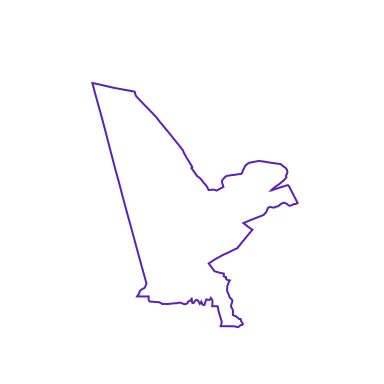 outline of Kikuyu, Central, Kenya, rotated 64°
{"feature_id": "3690345B86705577908989", "entity_name": "Kikuyu", "entity_type": "district", "adm_level": 2, "iso_a3": "KEN", "parent_name": "Kenya", "parent_adm1": "Central", "projection": "orthographic", "projection_center": [36.645, -1.233], "detail": "fine", "context": "isolated", "style": "outline", "palette": "violet", "viewbox_px": 384, "rotation_deg": 64, "n_neighbors": 0, "source": "geoboundaries", "source_scale": "gbopen_adm2", "svg_char_len": 4125}
<svg xmlns="http://www.w3.org/2000/svg" viewBox="0 0 384 384"><g transform="rotate(64 192 192)"><path d="M325.2,225.1L328.2,218.9L331.3,212.8L332.2,211.6L332.9,210.8L333.6,210.0L333.5,208.3L333.0,207.3L333.0,206.2L333.5,204.8L332.8,204.1L331.7,204.1L330.0,204.5L328.5,204.1L327.4,204.0L327.1,204.9L326.4,205.6L325.2,206.0L323.1,206.9L322.3,207.7L320.7,209.1L319.3,208.7L318.0,207.8L316.4,207.1L314.4,207.0L312.7,207.1L311.8,207.0L310.8,206.4L309.8,205.4L309.0,204.5L307.8,203.6L306.7,203.2L305.5,203.5L303.4,204.3L302.3,204.3L301.3,204.0L300.0,204.0L298.6,203.9L297.2,203.9L295.5,203.6L294.1,202.7L293.3,202.1L292.4,201.7L291.5,201.0L290.8,200.2L289.8,199.2L288.8,197.8L288.1,196.8L286.7,198.6L285.0,199.5L283.5,198.7L282.6,199.8L281.6,200.5L280.4,199.6L279.2,199.2L277.1,202.1L273.1,206.5L263.5,208.3L263.3,205.9L262.7,202.0L262.6,200.5L262.4,198.2L262.2,192.5L262.2,190.3L262.3,186.0L262.3,182.5L262.3,181.1L262.3,177.5L262.4,175.9L261.9,175.0L259.9,170.7L259.2,169.3L258.1,166.8L255.8,161.9L253.5,156.7L252.4,154.2L248.2,156.7L242.5,159.4L242.8,153.8L243.1,149.6L243.5,144.3L243.7,142.0L243.9,139.4L244.0,137.4L243.4,136.4L242.9,134.6L241.0,132.2L240.3,131.5L239.5,130.4L239.7,128.5L240.6,127.1L241.5,126.0L242.1,124.6L242.1,123.1L242.1,122.0L242.6,121.0L241.6,117.0L242.0,114.0L243.1,112.8L244.2,112.0L245.1,111.6L246.3,111.1L247.4,109.9L247.6,107.2L247.5,105.8L248.0,104.9L248.2,103.7L248.2,101.9L229.3,102.3L228.0,102.7L227.6,103.7L227.5,105.1L227.3,106.5L227.0,107.7L226.8,109.2L226.6,110.6L226.3,112.3L226.1,114.5L225.7,116.9L225.6,118.0L225.6,119.2L225.3,120.2L224.6,118.2L224.1,115.9L223.7,114.1L223.2,110.4L222.8,108.7L222.5,107.5L222.1,106.0L221.8,104.7L221.3,103.2L220.2,100.7L218.8,100.5L218.1,99.8L217.3,98.7L216.1,97.6L214.8,97.2L213.5,96.9L212.4,97.1L211.2,97.4L209.8,98.2L209.0,98.7L208.0,99.1L206.8,99.7L205.8,100.1L202.6,104.8L200.1,108.6L196.3,113.8L193.3,118.5L192.0,123.4L190.7,128.2L190.9,129.3L191.4,131.0L191.6,132.4L193.4,134.7L195.3,137.2L196.7,138.6L197.3,139.4L197.1,140.6L196.5,142.0L196.1,143.2L195.9,144.1L195.2,146.3L194.3,148.7L193.8,150.3L193.4,151.7L192.9,153.1L192.8,154.9L193.1,155.8L193.5,156.9L194.0,158.1L194.4,159.0L194.9,159.9L196.0,160.6L197.4,161.0L201.2,161.5L201.3,165.2L201.5,169.3L200.8,169.9L200.0,170.8L199.2,171.9L197.5,176.2L196.5,176.3L195.4,176.2L193.9,176.2L192.2,176.5L190.7,176.9L188.9,177.4L187.9,177.6L186.3,177.9L184.7,178.3L183.0,178.8L182.0,179.3L181.0,179.9L179.7,180.5L178.7,180.6L177.4,180.8L176.2,181.0L174.3,181.3L172.9,181.6L171.3,181.8L170.2,182.0L169.8,180.8L168.9,180.9L166.6,181.0L165.4,181.2L163.7,181.3L161.5,181.5L158.3,181.9L156.3,181.9L153.8,182.1L152.0,182.0L150.6,181.9L148.6,182.3L144.9,183.1L143.1,183.4L141.9,183.8L138.3,184.6L135.7,185.3L134.6,185.4L132.2,186.0L129.3,186.6L125.2,187.6L121.6,188.5L118.0,189.3L117.0,189.6L116.0,189.9L112.1,190.7L109.1,191.3L106.0,192.3L102.8,193.3L100.6,194.1L98.2,194.8L92.2,196.8L91.3,197.1L82.8,199.8L81.1,200.2L79.0,200.1L76.7,199.5L64.4,216.2L52.0,231.6L50.4,233.8L61.1,235.9L85.9,240.5L92.0,241.7L113.5,246.0L118.6,247.1L138.2,251.0L149.7,253.1L164.5,256.1L186.5,260.3L189.8,260.9L193.1,261.5L209.3,264.6L225.6,267.7L240.5,270.5L254.2,273.0L255.4,274.2L256.7,275.6L257.4,276.8L257.5,280.0L257.9,281.7L258.6,282.8L259.4,283.3L260.7,285.2L261.8,287.1L266.9,276.7L269.3,278.0L270.5,278.3L271.8,278.1L275.4,272.1L276.6,269.9L278.6,268.3L279.7,267.8L280.3,266.3L280.8,265.2L281.6,263.8L282.1,262.7L282.8,260.8L283.3,259.4L284.4,256.3L285.1,255.1L285.4,253.8L285.8,252.1L286.3,251.0L287.7,249.8L289.0,248.5L289.9,247.3L290.0,245.9L289.9,244.8L289.0,243.8L288.8,242.6L289.0,241.2L288.3,240.2L287.9,239.2L289.4,239.6L290.6,240.1L292.0,240.3L292.4,239.1L291.1,236.7L290.9,235.5L291.7,234.5L293.1,234.1L294.5,234.1L296.0,234.0L295.2,232.6L294.6,231.7L296.5,231.8L297.8,231.9L298.7,231.3L298.9,230.2L297.8,229.0L296.8,228.4L294.8,226.1L295.7,225.3L296.7,223.4L296.2,222.5L295.5,221.6L297.2,221.2L298.4,221.2L299.8,221.8L303.6,223.9L304.0,222.8L304.5,221.8L306.0,219.0L307.0,219.3L308.4,219.7L310.7,220.3L318.8,221.7L322.0,222.2L323.9,223.9L325.2,225.1Z" fill="none" stroke="#5b21b6" stroke-width="2"/></g></svg>